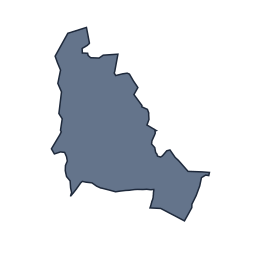 Ola Oluwa, Osun, Nigeria (Natural Earth projection), rotated 198°
{"feature_id": "59680162B48244867814587", "entity_name": "Ola Oluwa", "entity_type": "district", "adm_level": 2, "iso_a3": "NGA", "parent_name": "Nigeria", "parent_adm1": "Osun", "projection": "natural_earth1", "projection_center": [4.195, 7.728], "detail": "fine", "context": "isolated", "style": "filled", "palette": "slate", "viewbox_px": 256, "rotation_deg": 198, "n_neighbors": 0, "source": "geoboundaries", "source_scale": "gbopen_adm2", "svg_char_len": 1946}
<svg xmlns="http://www.w3.org/2000/svg" viewBox="0 0 256 256"><g transform="rotate(198 128 128)"><path d="M214.5,199.5L219.5,173.8L215.1,168.1L210.0,162.2L210.0,161.8L208.5,148.7L202.4,141.8L198.2,120.4L193.4,116.4L191.5,105.0L190.3,103.7L190.7,100.6L194.4,84.5L190.0,80.6L184.8,84.4L180.7,85.2L177.6,81.7L175.5,77.8L175.9,73.0L174.5,68.1L173.4,66.1L171.4,62.8L166.7,59.8L164.0,53.1L161.7,49.2L161.6,45.2L161.4,45.9L161.2,46.5L160.8,47.2L160.5,48.2L160.1,49.0L159.7,50.0L159.5,50.8L159.1,51.7L158.8,52.5L158.6,53.2L158.2,54.1L158.1,54.6L157.7,55.9L157.4,56.8L157.2,57.4L156.9,58.5L156.4,59.9L156.3,60.7L155.7,61.8L155.4,62.4L154.9,63.1L151.2,63.5L145.3,64.7L139.9,63.0L135.4,62.5L134.2,62.7L126.5,63.2L120.1,63.5L115.5,65.8L110.9,67.9L107.5,69.2L105.9,70.0L102.5,71.6L99.8,72.6L94.8,74.1L91.3,75.5L87.3,76.3L84.5,77.5L84.2,76.7L84.1,76.3L84.0,75.5L83.9,74.8L83.8,74.3L83.6,73.6L83.4,72.9L83.2,72.4L83.2,71.8L83.0,71.3L82.9,70.7L82.6,69.6L82.6,69.0L82.5,68.3L82.5,67.8L82.5,67.5L82.5,66.8L82.6,66.1L82.6,65.6L82.6,65.0L82.5,64.6L82.5,64.0L82.5,63.5L82.5,63.0L82.4,62.6L82.4,62.1L82.4,61.6L82.4,61.0L82.3,60.6L82.3,60.3L82.4,60.0L82.4,59.6L82.4,59.1L82.4,58.8L72.0,61.6L45.6,57.1L43.9,65.7L42.9,71.0L42.7,71.9L43.7,75.3L42.3,84.7L41.9,95.0L42.8,103.5L39.6,107.2L36.5,107.7L36.8,110.9L44.2,109.1L57.5,105.3L69.8,112.6L74.1,114.6L81.3,120.1L84.1,118.3L86.7,112.0L88.1,110.4L91.3,110.4L92.4,112.1L94.1,113.2L96.5,117.6L100.6,120.0L101.3,123.2L100.6,129.4L100.5,131.6L101.4,133.5L100.3,134.3L110.9,136.7L110.7,142.6L111.8,145.4L112.6,147.5L112.9,148.7L115.3,151.7L121.4,152.4L121.7,153.7L132.7,161.6L131.1,169.5L135.7,173.1L137.5,174.5L143.3,179.7L145.7,179.9L149.8,177.9L155.9,174.1L158.0,175.9L158.1,176.1L158.1,177.8L160.4,195.1L174.1,189.6L177.1,185.6L185.2,183.3L188.3,184.6L189.5,186.6L194.6,185.2L196.2,189.5L192.1,194.2L191.7,195.2L191.1,196.0L190.9,196.8L198.6,210.8L214.5,199.5Z" fill="#64748b" stroke="#1e293b" stroke-width="1.5"/></g></svg>